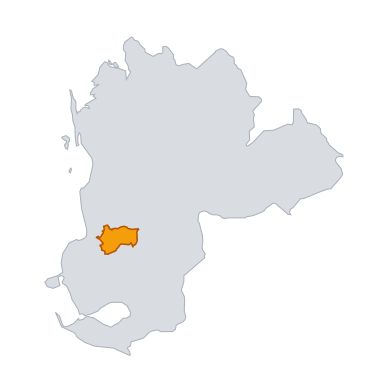 location of Cojedes within Venezuela, rotated 266°
{"feature_id": "VEN-32", "entity_name": "Cojedes", "entity_type": "State", "adm_level": 1, "iso_a3": "VEN", "parent_name": "Venezuela", "parent_adm1": "", "projection": "robinson", "projection_center": [-68.34, 9.331], "detail": "fine", "context": "in_parent", "style": "filled", "palette": "amber", "viewbox_px": 384, "rotation_deg": 266, "n_neighbors": 0, "source": "natural_earth", "source_scale": "10m", "svg_char_len": 7101}
<svg xmlns="http://www.w3.org/2000/svg" viewBox="0 0 384 384"><g transform="rotate(266 192 192)"><path d="M346.3,135.6L350.7,142.1L350.3,143.6L347.6,145.1L346.0,148.8L342.6,150.4L337.9,154.8L334.7,155.2L330.0,162.6L332.6,168.3L332.0,171.3L333.2,172.7L338.8,172.9L339.3,174.4L338.6,176.8L337.6,178.3L330.1,183.1L326.4,182.6L324.9,184.0L320.0,185.0L318.7,187.9L319.9,191.6L320.5,197.8L314.4,205.2L329.7,224.8L331.3,225.8L332.9,230.3L332.4,233.0L329.7,236.2L325.9,238.5L323.6,242.6L321.3,243.4L317.1,243.0L315.0,245.3L312.4,246.1L310.6,249.2L296.6,254.2L290.5,252.6L283.4,256.3L282.2,265.5L280.0,267.6L277.4,267.6L268.7,258.3L264.3,259.6L261.3,258.4L252.7,258.7L248.6,253.4L239.6,253.1L236.2,249.5L234.6,249.5L233.9,250.6L237.4,256.5L248.0,267.8L248.0,278.0L253.0,292.2L252.1,296.7L255.0,298.0L267.6,299.1L267.5,304.2L265.8,306.5L263.3,306.9L256.9,310.7L253.0,311.9L250.5,320.2L248.4,322.6L246.1,324.6L241.8,324.7L236.0,330.0L234.0,329.9L229.1,332.5L221.2,340.2L218.6,345.0L216.6,345.1L217.4,340.9L216.4,338.7L214.6,337.5L212.8,337.3L210.6,338.4L204.8,342.5L199.1,343.4L196.1,341.5L185.6,330.8L185.4,327.2L182.9,318.6L177.6,302.8L177.7,299.7L169.3,291.7L168.1,289.0L164.6,287.9L162.4,289.0L163.0,286.3L174.3,274.9L175.3,272.4L170.9,265.0L168.5,263.0L167.1,260.4L164.2,251.5L163.5,244.7L162.5,243.3L163.7,226.6L163.2,223.0L164.1,220.2L166.3,218.3L167.5,215.3L167.8,211.3L169.1,208.0L171.5,205.4L172.3,202.9L171.3,198.7L169.3,197.1L162.4,195.8L160.6,197.1L148.0,199.4L141.8,199.4L137.1,198.3L133.5,198.6L129.3,200.9L127.3,199.6L125.6,200.2L109.1,178.1L103.1,177.6L94.9,174.5L88.4,177.0L85.7,177.2L74.1,176.0L67.7,177.1L65.1,176.0L63.3,174.3L60.4,167.0L56.0,165.8L54.2,162.9L54.8,151.2L56.9,147.9L56.1,142.6L55.5,140.1L49.7,133.5L46.7,120.7L42.8,120.0L41.7,117.2L40.5,116.7L37.4,118.4L34.0,119.1L33.3,118.4L41.8,102.6L45.1,83.9L49.3,74.7L55.1,67.3L59.7,65.1L66.5,52.6L81.5,47.4L77.5,51.2L68.6,53.6L66.5,55.1L66.8,59.3L69.4,65.3L73.9,70.0L71.8,70.5L72.7,74.7L74.9,77.6L75.0,79.5L73.3,85.1L66.4,94.1L62.7,101.9L65.5,106.5L65.9,108.9L71.0,114.7L70.5,116.9L72.7,121.7L76.2,122.3L83.1,119.3L86.8,114.3L87.6,104.8L86.9,101.4L82.7,93.1L79.8,89.9L77.3,82.8L76.1,76.2L78.1,74.7L77.9,71.3L82.7,70.3L93.1,64.8L99.5,63.4L106.9,60.4L110.0,56.5L111.2,56.2L115.0,58.5L116.9,57.7L117.6,55.9L116.6,52.4L107.8,53.7L105.6,46.7L107.6,41.1L112.2,38.9L115.6,42.2L117.9,52.3L120.9,57.5L130.3,56.5L139.7,58.8L149.8,66.0L152.7,73.5L151.5,75.4L152.2,78.6L153.6,81.8L155.8,83.8L162.1,84.4L182.8,80.7L200.1,80.1L203.4,81.7L203.8,84.4L209.4,90.1L226.3,95.1L232.9,94.4L248.3,84.8L256.6,85.0L259.0,83.6L256.0,82.1L249.0,81.5L246.9,82.5L245.8,80.0L255.7,79.3L264.5,79.8L271.7,78.1L277.4,78.1L283.1,77.0L293.9,78.3L302.4,77.2L301.4,78.8L294.1,80.1L290.7,82.4L283.3,82.0L278.2,82.8L279.8,83.5L279.8,85.8L281.3,86.3L283.5,89.2L284.1,91.7L282.3,95.5L284.4,95.1L285.6,93.9L285.6,91.2L286.7,91.6L292.2,102.7L294.5,100.1L296.1,101.7L296.0,97.5L297.9,97.6L301.8,100.4L305.9,106.8L305.2,101.9L308.5,101.9L309.3,99.8L315.9,106.7L322.8,108.8L328.0,114.0L326.9,116.6L323.8,117.9L322.6,119.5L320.3,127.8L317.4,134.3L308.7,134.3L316.1,139.3L318.7,137.3L322.4,137.1L327.9,134.5L335.4,135.7L338.7,133.5L342.8,133.8L346.3,135.6ZM256.2,66.8L257.0,70.3L254.6,73.3L251.4,73.4L248.9,71.4L247.6,71.9L243.3,70.8L244.5,68.9L247.7,68.0L250.1,70.2L252.0,70.3L252.5,68.5L255.2,65.9L256.2,66.8ZM326.4,125.0L321.8,127.7L321.6,125.0L325.2,121.7L326.7,123.7L326.4,125.0ZM224.3,72.8L223.1,73.4L219.6,72.0L220.3,71.0L222.2,71.0L224.3,72.8ZM327.4,119.9L324.6,120.8L325.3,118.8L328.3,117.8L329.4,118.2L327.4,119.9Z" fill="#d9dde1" stroke="#a8b0b8" stroke-width="1"/><path d="M164.0,101.6L164.0,102.3L164.1,102.7L164.2,102.8L164.8,104.7L164.8,105.2L164.8,105.4L164.7,105.4L164.4,105.5L164.2,105.6L163.4,106.5L163.2,106.6L162.7,106.9L162.4,107.0L162.2,107.0L162.1,106.9L161.9,106.8L161.8,106.7L161.7,106.7L161.6,106.8L161.1,107.2L160.8,107.5L160.7,107.7L160.7,107.9L160.8,108.4L160.7,108.5L160.3,108.7L160.1,108.9L160.0,109.1L159.9,109.2L160.0,109.2L160.1,109.3L160.3,109.7L160.4,109.9L160.4,110.0L160.5,110.0L160.7,110.3L160.8,110.4L161.0,111.2L161.0,111.5L161.1,112.7L161.0,113.5L160.9,114.0L160.5,114.9L160.5,115.1L160.5,115.3L160.5,115.5L161.3,116.6L162.1,118.7L162.5,121.3L162.5,121.7L162.3,122.6L162.0,123.2L161.4,124.5L161.2,124.7L161.2,124.8L160.8,125.0L160.5,125.4L160.3,125.5L160.1,125.6L160.0,125.9L159.9,126.1L159.8,126.3L159.6,127.5L159.3,128.1L158.8,130.3L158.8,130.6L158.8,130.8L158.9,131.0L159.0,131.4L159.0,132.1L159.1,132.6L159.1,132.8L159.1,133.0L158.8,133.8L158.8,134.1L158.8,134.3L158.9,134.5L159.1,134.8L159.2,135.0L159.2,135.3L159.2,135.5L158.8,135.7L158.7,135.8L158.5,136.1L158.3,135.9L158.1,135.8L158.0,135.7L157.9,135.5L157.9,135.3L157.8,135.0L157.6,134.9L157.4,134.8L157.1,134.8L156.9,134.7L155.7,134.1L155.2,134.0L154.8,134.0L154.6,134.0L154.4,134.1L154.2,134.1L153.8,134.3L153.5,134.3L152.2,134.1L151.9,134.1L151.5,134.2L150.9,134.1L150.3,133.8L150.0,133.8L149.8,133.8L149.7,133.9L149.5,134.0L149.4,134.1L149.2,134.2L148.8,134.0L148.6,133.9L147.7,134.0L147.3,133.9L145.7,133.3L144.3,132.4L143.9,132.1L143.8,131.7L143.6,131.5L143.4,131.4L143.2,131.3L143.1,131.2L143.1,130.9L143.0,130.7L143.0,130.4L142.7,130.0L142.6,129.8L142.5,129.6L142.3,129.5L142.1,129.4L141.8,129.4L141.5,129.2L141.8,129.0L142.7,128.7L142.9,128.6L143.1,128.6L143.3,128.6L143.4,128.8L143.5,128.8L143.8,128.6L144.2,128.5L144.3,128.4L144.4,128.0L144.5,127.9L144.8,127.8L145.3,127.7L145.5,127.5L145.5,127.4L145.4,127.3L145.3,127.2L145.2,127.1L144.8,126.9L144.6,126.8L144.2,126.3L143.9,125.4L143.8,125.1L143.9,124.8L144.0,124.4L144.3,122.8L144.9,118.9L145.0,118.3L144.9,117.6L144.8,117.1L144.4,116.6L144.1,116.2L143.6,115.8L143.1,115.5L142.3,114.9L141.5,114.1L141.0,113.6L140.8,113.3L140.4,112.9L139.9,112.4L139.3,112.3L138.9,112.1L138.7,111.9L138.3,110.6L138.0,110.4L137.9,110.0L137.8,109.6L137.8,108.8L137.6,108.4L137.1,107.4L136.9,106.4L136.4,105.5L136.3,104.9L136.3,104.7L136.0,104.4L135.8,104.2L135.9,103.9L136.1,103.1L136.1,102.8L136.1,102.7L136.1,102.2L136.2,100.8L138.4,100.9L139.0,100.9L139.1,100.7L139.2,100.4L139.4,100.0L139.8,99.5L139.9,99.3L139.9,99.1L139.9,98.8L140.0,98.3L140.1,98.1L140.3,98.0L140.5,97.9L141.5,97.8L142.1,98.0L142.5,97.9L142.8,97.9L143.0,97.9L143.4,97.8L143.6,97.7L143.8,97.3L143.9,97.1L144.2,96.8L144.3,96.7L144.5,96.7L145.3,96.7L145.4,96.8L145.5,96.8L145.5,97.0L145.4,97.5L145.4,97.8L145.4,98.0L145.5,98.2L145.5,98.4L145.6,98.5L145.8,98.6L146.0,98.7L146.5,98.9L146.7,99.0L146.6,99.3L146.4,99.4L146.4,99.5L146.7,99.7L146.9,99.7L147.0,99.7L147.3,99.6L147.7,99.4L149.6,97.8L150.4,97.2L151.2,96.9L151.4,96.6L151.7,95.9L152.0,95.1L152.4,94.8L153.1,93.9L153.2,93.6L153.4,93.5L153.5,93.6L153.7,93.8L153.8,94.5L154.0,94.8L154.3,95.3L153.4,96.0L153.2,96.4L153.2,96.6L153.2,96.8L153.3,97.0L153.4,97.3L153.7,97.7L154.0,98.0L155.7,99.2L155.8,99.3L156.0,99.5L156.5,99.8L156.8,100.2L157.2,100.6L157.4,100.8L157.6,100.8L158.1,100.5L158.5,100.3L159.0,99.9L159.4,100.0L159.4,100.3L159.1,100.6L159.0,100.9L159.2,101.2L159.3,101.3L159.6,101.4L160.6,101.7L161.9,101.8L162.2,101.8L163.0,101.6L164.0,101.6Z" fill="#f59e0b" stroke="#b45309" stroke-width="1.5"/></g></svg>